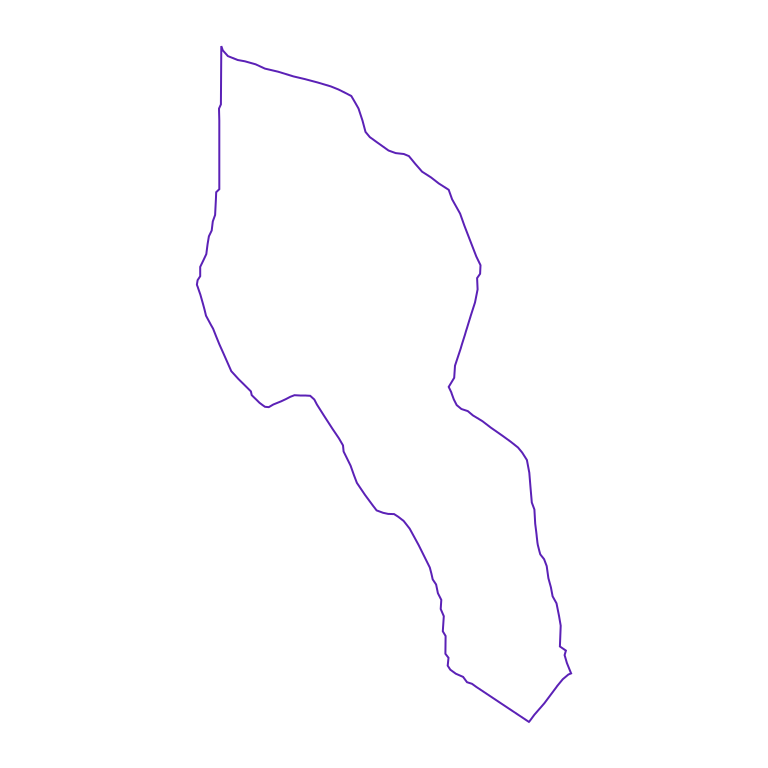 the district of Ghadeer, South Kordufan, Sudan
{"feature_id": "16777658B14153516268915", "entity_name": "Ghadeer", "entity_type": "district", "adm_level": 2, "iso_a3": "SDN", "parent_name": "Sudan", "parent_adm1": "South Kordufan", "projection": "mercator", "projection_center": [31.133, 10.64], "detail": "fine", "context": "isolated", "style": "outline", "palette": "violet", "viewbox_px": 768, "rotation_deg": 0, "n_neighbors": 0, "source": "geoboundaries", "source_scale": "gbopen_adm2", "svg_char_len": 2667}
<svg xmlns="http://www.w3.org/2000/svg" viewBox="0 0 768 768"><path d="M221.3,46.1L220.9,104.4L219.0,108.6L219.3,120.6L219.3,189.2L216.2,192.2L215.9,199.4L215.1,215.0L212.8,221.4L211.7,230.5L208.9,236.3L207.6,244.0L206.3,254.1L203.4,260.3L200.2,266.9L200.2,276.2L197.6,280.2L196.9,284.6L197.0,285.0L197.3,285.9L197.6,286.6L198.2,288.4L200.0,293.6L200.3,294.4L203.1,304.3L204.5,309.5L206.0,315.7L211.0,325.0L213.1,328.7L216.1,336.3L219.4,344.4L223.4,353.3L230.9,370.3L231.3,371.2L238.6,379.2L244.9,385.4L245.4,385.9L250.9,391.4L251.7,395.1L253.4,396.8L257.1,400.4L257.2,400.5L259.5,402.8L262.7,405.2L265.0,406.8L268.3,407.1L268.7,407.1L268.8,407.1L269.4,406.8L273.3,404.5L281.2,401.3L286.1,399.0L290.3,396.8L294.5,395.2L300.0,395.5L304.9,395.5L310.2,395.8L314.3,399.5L316.9,404.5L324.0,415.7L332.6,429.0L338.9,438.3L343.0,445.4L343.6,451.5L350.6,465.7L353.5,473.9L354.0,475.3L356.9,482.9L365.0,494.9L372.9,505.6L376.6,510.4L383.1,512.8L388.1,513.9L394.1,514.1L398.3,516.8L403.7,521.0L409.7,528.7L418.6,545.0L429.8,567.5L431.4,573.6L432.7,579.4L436.1,584.5L437.9,593.2L441.3,599.9L440.7,609.0L443.8,616.2L442.8,631.3L445.6,636.0L445.4,653.8L448.5,657.8L447.7,665.7L450.3,669.7L455.8,673.7L463.1,676.9L467.0,682.2L472.0,683.8L476.7,687.2L512.8,711.2L528.9,721.9L529.8,720.9L534.4,714.7L544.4,703.2L556.8,686.6L557.0,686.3L557.4,685.8L557.4,685.7L557.6,685.5L558.1,684.9L562.8,679.2L568.4,674.5L571.1,673.4L566.9,663.0L564.6,655.1L565.9,650.6L559.9,646.5L560.7,625.7L559.0,615.8L556.5,603.3L552.6,596.3L550.9,587.3L548.4,578.2L546.7,566.1L544.1,559.2L540.3,554.4L539.5,551.6L537.8,544.9L537.4,542.4L537.1,539.7L536.8,537.1L536.5,534.1L536.3,532.5L536.3,532.4L535.2,523.7L534.4,509.5L531.8,502.5L530.5,487.4L529.3,472.7L526.9,460.0L522.2,452.6L518.0,447.5L510.8,441.8L503.1,436.2L490.8,427.6L482.3,421.1L472.9,415.4L467.8,411.1L461.4,409.0L456.7,405.1L453.8,399.4L451.5,393.1L451.5,392.9L451.4,392.6L451.2,392.1L450.9,391.5L448.7,386.9L454.2,377.8L455.0,365.7L460.6,348.8L461.0,347.5L461.1,347.1L461.9,344.4L465.0,334.6L466.0,331.1L467.0,328.0L467.7,325.7L469.5,319.8L469.7,319.1L469.8,318.9L469.9,318.6L470.0,318.1L470.1,317.8L470.3,317.4L470.3,317.2L470.5,316.5L475.0,302.5L477.6,289.4L477.1,278.1L480.1,273.8L480.5,265.2L476.3,256.5L464.4,225.7L460.1,213.6L452.1,199.3L448.7,189.8L438.7,183.4L431.0,177.4L422.1,171.7L415.3,163.9L408.9,156.1L403.8,154.0L395.7,153.1L388.5,150.5L377.0,142.3L369.8,137.1L365.5,131.9L362.5,120.6L358.5,108.5L355.1,102.5L351.3,96.0L345.3,92.9L338.5,89.5L330.8,86.4L317.7,82.5L304.9,79.1L293.4,76.4L278.1,71.7L264.9,68.6L255.6,64.3L244.9,61.3L237.7,60.0L227.9,56.1L222.8,50.4L221.3,46.1Z" fill="none" stroke="#5b21b6" stroke-width="2"/></svg>